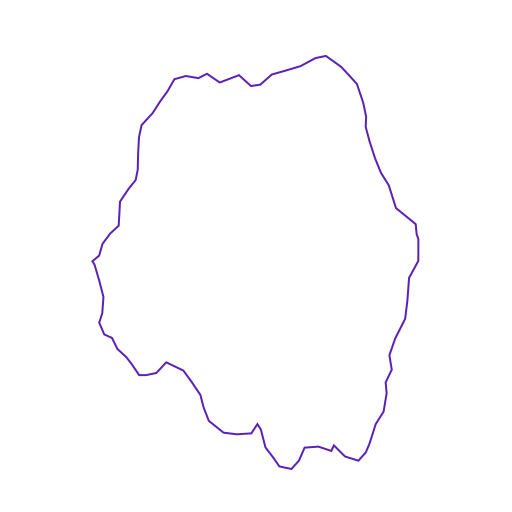 the district of Asgata, Limassol, Cyprus, rotated 7°
{"feature_id": "46923920B23030573585973", "entity_name": "Asgata", "entity_type": "district", "adm_level": 2, "iso_a3": "CYP", "parent_name": "Cyprus", "parent_adm1": "Limassol", "projection": "natural_earth1", "projection_center": [33.25, 34.775], "detail": "fine", "context": "isolated", "style": "outline", "palette": "violet", "viewbox_px": 512, "rotation_deg": 7, "n_neighbors": 0, "source": "geoboundaries", "source_scale": "gbopen_adm2", "svg_char_len": 1283}
<svg xmlns="http://www.w3.org/2000/svg" viewBox="0 0 512 512"><g transform="rotate(7 256 256)"><path d="M94.3,281.1L96.9,284.5L103.3,299.3L109.6,315.3L110.4,331.7L108.5,341.2L114.9,352.3L123.1,354.9L129.8,365.2L139.5,372.1L145.9,378.6L151.2,384.6L154.5,388.5L161.2,387.7L171.3,384.3L179.9,372.5L197.9,378.6L206.8,388.1L217.7,400.6L222.5,412.8L229.3,425.4L245.3,435.3L258.8,435.3L273.0,432.6L277.9,422.7L282.0,427.7L288.7,444.8L298.1,454.4L304.8,462.0L317.1,463.1L323.5,454.0L327.6,440.3L341.1,437.6L354.5,440.3L356.4,434.5L368.7,444.1L382.6,446.7L384.1,444.5L388.9,437.6L391.5,428.5L395.3,408.3L401.6,394.9L402.4,376.3L400.1,365.6L404.6,352.3L400.5,338.2L404.2,321.0L411.7,300.1L411.7,281.8L410.6,259.0L417.7,241.1L415.1,219.4L412.8,214.8L410.6,204.9L389.1,191.4L379.2,169.7L369.9,158.2L362.3,144.6L354.8,128.5L349.1,114.4L348.4,104.6L344.8,93.9L343.6,90.5L335.2,73.0L330.4,68.8L317.5,57.9L301.0,48.9L290.9,52.3L277.1,62.1L262.5,68.5L249.6,73.9L239.4,85.4L230.3,87.9L217.1,78.6L198.9,88.2L185.1,81.1L177.2,86.5L164.5,85.9L153.5,90.4L148.2,103.0L141.9,114.5L135.9,126.9L126.5,140.0L125.4,152.4L126.5,168.4L128.1,184.9L127.3,195.3L121.5,204.6L114.4,218.6L115.2,230.1L116.0,242.7L108.6,251.4L102.2,262.6L100.3,274.7L94.3,281.1Z" fill="none" stroke="#5b21b6" stroke-width="2"/></g></svg>